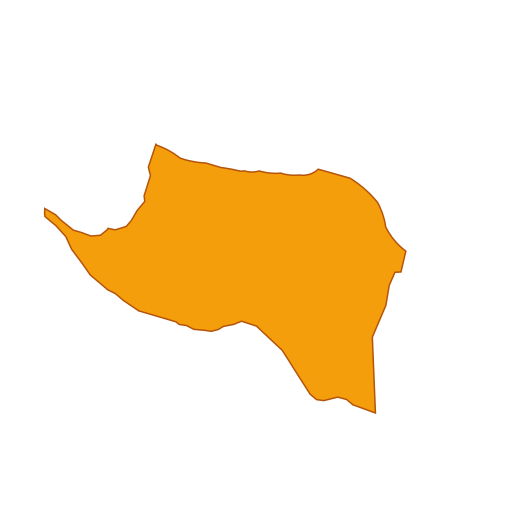 Mit Ghamr, Ad Daqahliyah, Egypt (Natural Earth projection), rotated 130°
{"feature_id": "37247803B10909701940084", "entity_name": "Mit Ghamr", "entity_type": "district", "adm_level": 2, "iso_a3": "EGY", "parent_name": "Egypt", "parent_adm1": "Ad Daqahliyah", "projection": "natural_earth1", "projection_center": [31.269, 30.712], "detail": "fine", "context": "isolated", "style": "filled", "palette": "amber", "viewbox_px": 512, "rotation_deg": 130, "n_neighbors": 0, "source": "geoboundaries", "source_scale": "gbopen_adm2", "svg_char_len": 3396}
<svg xmlns="http://www.w3.org/2000/svg" viewBox="0 0 512 512"><g transform="rotate(130 256 256)"><path d="M234.7,404.5L257.1,395.6L262.3,388.5L281.8,380.4L285.7,376.3L291.5,376.3L297.3,376.3L309.0,374.3L316.8,374.4L326.5,380.7L329.9,387.1L331.8,386.9L340.1,388.5L346.8,395.3L350.2,404.8L353.6,412.6L353.9,428.3L353.2,436.1L355.4,448.4L359.4,445.2L361.4,443.1L361.4,441.1L361.4,439.0L361.4,434.8L361.4,432.8L361.4,428.6L363.4,414.1L369.3,401.7L373.2,385.2L374.7,379.5L377.1,370.7L377.1,366.5L377.1,360.3L377.2,347.9L375.2,339.5L375.3,329.2L373.4,310.5L357.9,275.1L357.9,271.0L354.0,264.7L353.0,260.3L352.1,256.4L346.3,248.1L342.4,241.8L336.6,237.7L330.7,235.6L323.0,229.3L315.2,225.1L312.5,218.3L311.7,216.4L309.4,210.5L310.6,189.9L311.4,175.3L314.7,164.7L317.9,154.8L322.6,139.9L327.1,125.6L327.1,117.3L323.2,111.1L317.4,106.9L311.6,102.7L307.7,94.4L307.7,86.1L299.5,63.6L243.4,114.7L225.7,120.1L210.3,124.8L192.8,135.1L179.1,139.1L175.1,134.7L156.0,144.3L156.0,144.9L156.0,145.6L156.1,147.3L156.1,148.9L156.0,150.6L156.0,152.3L155.8,153.9L155.7,155.6L155.5,157.3L155.2,158.9L154.9,160.6L154.6,162.2L154.3,163.8L153.8,165.4L153.4,167.0L152.9,168.6L152.4,170.2L151.8,171.8L151.2,173.3L150.6,174.8L150.4,175.2L150.2,175.5L149.5,176.4L148.4,177.7L147.3,179.0L146.2,180.4L145.2,181.8L144.3,183.2L143.3,184.7L142.4,186.1L141.5,187.6L140.7,189.2L139.9,190.7L139.1,192.2L138.3,193.8L137.6,195.4L137.0,197.0L136.8,197.6L136.4,199.6L136.1,201.7L135.8,203.8L135.5,205.9L135.3,208.0L135.1,210.1L135.0,212.3L134.9,214.4L134.8,216.5L134.8,218.6L134.9,220.7L134.9,222.9L135.0,225.0L135.2,227.1L135.4,229.2L135.6,231.3L135.9,233.4L136.0,233.8L136.0,234.1L149.5,264.1L149.8,264.2L150.1,264.2L151.1,264.4L152.0,264.6L152.5,264.7L153.0,264.8L153.9,265.1L154.3,265.2L154.8,265.4L155.7,265.8L156.1,266.0L156.6,266.2L157.4,266.6L157.9,266.8L158.3,267.1L159.1,267.6L159.5,267.9L159.9,268.2L160.7,268.8L161.1,269.1L161.5,269.4L162.2,270.0L162.5,270.4L162.9,270.7L163.6,271.5L163.9,271.8L164.2,272.2L164.8,273.0L165.1,273.4L165.4,273.8L166.0,274.7L166.1,274.8L166.2,275.1L166.3,275.2L167.2,276.0L167.7,276.6L168.2,277.1L169.1,278.1L169.5,278.6L170.0,279.1L170.8,280.2L171.2,280.7L171.6,281.3L172.4,282.4L172.8,283.0L173.1,283.6L173.8,284.7L174.2,285.3L174.5,285.9L175.2,287.1L175.5,287.8L175.8,288.4L175.8,288.5L176.3,289.6L176.7,290.5L177.1,290.9L178.2,292.0L179.2,293.1L180.2,294.2L181.1,295.4L182.0,296.6L182.9,297.8L183.8,299.1L184.6,300.3L185.4,301.6L186.1,302.9L186.9,304.3L187.5,305.6L188.2,307.0L188.7,308.1L189.0,308.3L189.3,308.6L189.8,308.9L190.6,309.5L191.0,309.9L191.4,310.2L192.2,310.9L192.6,311.2L192.9,311.6L193.6,312.3L194.0,312.7L194.3,313.1L195.0,313.9L195.3,314.4L195.6,314.8L196.1,315.6L196.4,316.1L196.7,316.5L197.2,317.4L197.4,317.9L197.7,318.4L198.1,319.3L198.3,319.8L198.9,320.2L199.3,320.6L199.7,320.9L199.9,321.2L200.4,321.7L200.8,322.3L201.3,322.8L201.6,323.6L202.9,326.1L204.2,328.6L205.5,331.0L206.9,333.4L208.3,335.8L209.7,338.1L210.9,340.0L217.0,354.2L218.1,355.6L219.2,357.2L220.4,358.9L221.5,360.6L222.6,362.3L223.6,364.1L224.6,365.9L225.6,367.7L226.5,369.5L227.4,371.3L228.2,373.2L229.0,375.1L229.8,377.0L229.9,378.7L230.0,380.5L230.2,382.3L230.3,384.1L230.5,385.9L230.8,387.6L231.1,389.4L231.4,391.1L231.8,392.9L232.2,394.6L232.7,396.4L233.2,398.1L233.7,399.8L234.3,401.5L234.8,402.8L234.8,403.0L234.7,404.4L234.7,404.5Z" fill="#f59e0b" stroke="#b45309" stroke-width="1.5"/></g></svg>